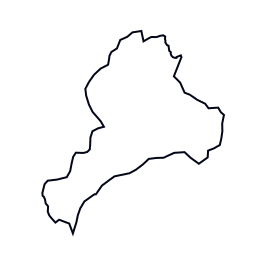 Ethiope East, Delta, Nigeria, rotated 169°
{"feature_id": "59680162B29085579275088", "entity_name": "Ethiope East", "entity_type": "district", "adm_level": 2, "iso_a3": "NGA", "parent_name": "Nigeria", "parent_adm1": "Delta", "projection": "orthographic", "projection_center": [6.0, 5.695], "detail": "fine", "context": "isolated", "style": "outline", "palette": "ink", "viewbox_px": 256, "rotation_deg": 169, "n_neighbors": 0, "source": "geoboundaries", "source_scale": "gbopen_adm2", "svg_char_len": 1593}
<svg xmlns="http://www.w3.org/2000/svg" viewBox="0 0 256 256"><g transform="rotate(169 128 128)"><path d="M220.6,88.8L224.5,80.4L224.7,77.7L223.8,76.7L223.1,73.8L223.2,69.6L221.6,66.9L221.5,65.9L222.7,61.1L222.0,57.3L220.4,54.2L217.3,49.0L213.1,51.1L203.9,45.4L202.2,35.0L196.6,45.4L194.0,51.7L190.1,58.4L189.2,59.3L184.9,64.2L176.6,68.0L173.6,69.3L172.1,69.1L164.6,76.4L156.4,80.4L153.5,81.7L150.5,83.1L145.1,83.2L142.5,83.2L141.1,83.2L137.8,83.3L135.2,83.3L130.2,84.9L128.0,85.6L120.0,89.6L113.5,93.7L105.8,93.2L98.8,92.0L87.5,94.8L77.1,93.5L72.3,86.9L65.3,79.4L55.4,83.9L53.7,90.5L47.6,91.6L41.1,93.8L39.1,98.3L38.5,99.6L36.0,106.8L34.7,114.3L32.5,119.7L31.3,122.5L33.8,125.7L35.6,130.8L45.2,132.0L47.6,137.1L54.6,142.4L61.0,148.9L65.7,151.9L68.1,162.5L73.1,170.0L62.0,187.4L62.3,189.2L66.8,188.4L67.1,187.6L68.6,187.9L70.5,189.0L71.6,190.9L71.9,193.0L71.5,194.2L71.8,194.7L72.8,195.9L72.6,199.9L72.5,201.0L73.2,201.5L73.8,201.8L74.4,203.2L74.8,204.2L75.0,205.2L74.6,206.5L74.7,208.5L74.0,210.7L75.8,212.3L76.1,212.2L77.1,212.3L78.2,212.3L79.3,212.4L80.7,212.0L83.1,211.9L87.8,212.9L92.4,211.5L96.2,210.1L96.4,220.7L105.4,221.0L111.4,217.6L118.8,215.9L123.7,208.2L129.8,205.8L132.4,202.4L133.7,198.5L135.5,193.9L143.4,191.6L148.1,188.7L151.2,186.7L157.3,180.9L162.4,174.6L162.8,168.9L162.9,167.9L161.9,158.6L159.7,150.6L153.6,140.0L151.4,133.8L154.6,133.6L157.4,133.4L163.5,131.6L166.7,125.8L168.3,118.9L169.6,114.3L172.5,112.3L176.4,112.0L183.9,113.7L187.3,110.2L190.0,104.2L193.0,96.7L197.5,91.4L207.3,90.9L216.9,91.6L220.6,88.8Z" fill="none" stroke="#020617" stroke-width="2"/></g></svg>